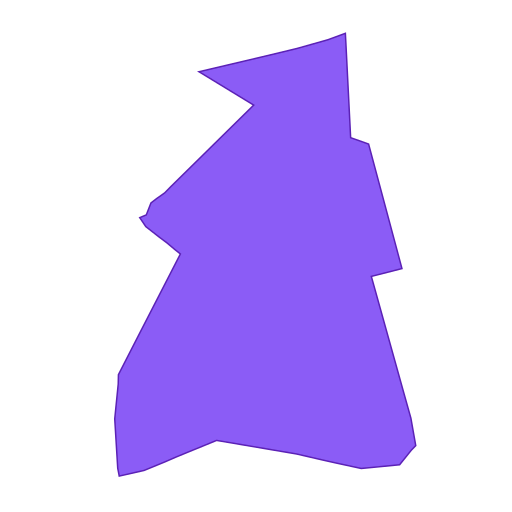 the district of Dom Expedito Lopes, Piauí, Brazil, rotated 87°
{"feature_id": "56859067B17233076889044", "entity_name": "Dom Expedito Lopes", "entity_type": "district", "adm_level": 2, "iso_a3": "BRA", "parent_name": "Brazil", "parent_adm1": "Piauí", "projection": "albers", "projection_center": [-41.693, -6.966], "detail": "fine", "context": "isolated", "style": "filled", "palette": "violet", "viewbox_px": 512, "rotation_deg": 87, "n_neighbors": 0, "source": "geoboundaries", "source_scale": "gbopen_adm2", "svg_char_len": 680}
<svg xmlns="http://www.w3.org/2000/svg" viewBox="0 0 512 512"><g transform="rotate(87 256 256)"><path d="M472.0,123.5L458.1,111.1L453.7,106.4L426.1,109.8L398.5,116.0L282.4,141.9L276.2,110.9L150.1,137.7L142.8,155.3L48.6,155.1L38.3,155.1L43.8,172.9L50.9,204.2L57.5,239.7L69.0,303.3L105.2,250.4L182.5,337.7L188.2,343.9L193.3,352.0L197.5,358.1L209.2,363.4L211.6,370.1L220.9,364.5L232.3,351.4L238.2,344.3L245.4,336.6L250.0,331.4L324.9,375.0L367.3,399.6L376.7,400.3L411.3,405.6L460.7,405.2L468.6,404.1L464.3,379.0L456.8,357.6L452.6,346.4L448.8,335.6L438.1,305.0L455.8,226.0L463.4,199.5L466.7,187.7L473.7,162.0L472.0,123.5Z" fill="#8b5cf6" stroke="#5b21b6" stroke-width="1.5"/></g></svg>